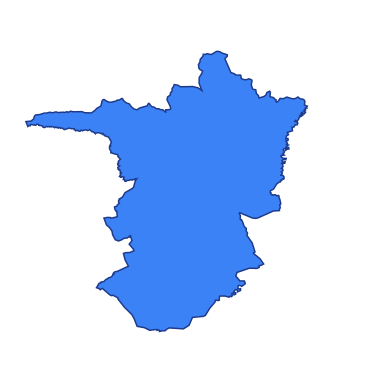 outline of Ron Phibun, Nakhon Si Thammarat, Thailand, rotated 72°
{"feature_id": "78962969B70310108322662", "entity_name": "Ron Phibun", "entity_type": "district", "adm_level": 2, "iso_a3": "THA", "parent_name": "Thailand", "parent_adm1": "Nakhon Si Thammarat", "projection": "natural_earth1", "projection_center": [99.867, 8.196], "detail": "fine", "context": "isolated", "style": "filled", "palette": "blue", "viewbox_px": 384, "rotation_deg": 72, "n_neighbors": 0, "source": "geoboundaries", "source_scale": "gbopen_adm2", "svg_char_len": 5942}
<svg xmlns="http://www.w3.org/2000/svg" viewBox="0 0 384 384"><g transform="rotate(72 192 192)"><path d="M314.6,266.0L314.8,263.2L315.7,260.5L314.7,258.5L314.2,255.7L319.5,242.5L317.9,236.0L311.4,230.3L313.8,219.5L313.5,217.4L308.0,211.0L303.8,204.1L302.5,203.5L302.1,202.6L303.3,201.0L303.3,199.4L300.6,198.6L299.6,197.7L301.1,192.9L303.5,189.2L302.8,187.9L303.7,186.8L303.1,185.6L301.3,185.7L300.6,185.0L301.0,184.2L302.8,183.8L302.7,182.1L301.3,181.5L300.5,183.0L299.8,183.1L298.3,181.0L298.3,180.2L299.2,179.4L301.0,179.5L300.7,176.3L298.9,175.7L298.7,177.6L298.0,178.2L295.5,177.1L295.4,175.6L297.1,173.7L295.7,169.8L295.0,169.5L292.8,169.7L291.4,173.9L285.5,176.3L282.4,174.1L282.2,160.8L284.7,154.1L284.5,151.4L282.9,151.3L283.1,148.8L282.6,146.1L276.6,147.9L269.4,152.5L268.8,152.1L268.5,150.6L259.0,150.5L250.2,153.2L248.3,151.9L245.8,152.5L243.3,151.6L241.1,153.0L236.0,153.1L233.6,153.5L233.5,154.3L232.8,154.6L229.6,153.3L226.9,153.6L226.4,153.1L235.3,142.7L236.8,139.6L237.0,137.0L235.2,120.5L236.7,114.6L235.1,114.0L234.4,113.0L231.1,112.4L231.1,111.7L230.3,111.1L225.7,110.7L225.1,111.2L222.8,110.5L222.0,110.8L221.8,112.7L220.3,113.6L220.0,116.0L219.5,116.1L219.2,117.2L218.0,117.7L217.3,117.1L216.6,117.8L215.0,116.9L214.5,113.7L210.5,108.9L209.5,105.7L209.7,104.7L208.4,104.2L208.7,103.0L207.9,102.8L207.4,101.7L208.1,101.0L207.9,100.4L205.8,99.8L204.2,100.5L203.6,102.2L201.9,100.2L200.3,100.8L199.8,98.9L197.9,98.7L197.1,99.7L196.1,97.6L193.4,97.3L192.5,97.9L192.2,96.9L193.1,96.4L193.3,94.9L192.1,94.1L191.5,96.5L190.0,96.7L189.5,95.4L190.3,92.8L189.2,92.0L187.8,95.4L185.5,96.4L184.9,96.0L185.4,92.9L183.7,94.0L183.1,92.1L181.6,91.5L180.3,92.4L179.4,91.4L179.4,89.2L181.2,89.9L180.7,88.0L181.0,86.5L179.6,86.3L179.7,88.0L178.5,88.7L177.2,85.8L176.0,88.1L176.0,87.0L175.2,86.2L172.7,87.0L172.7,85.1L172.0,84.3L170.6,84.3L170.6,86.4L167.9,84.9L167.3,82.5L164.8,83.0L164.8,77.5L161.3,76.9L161.7,75.0L160.0,73.1L160.6,71.2L159.3,70.1L158.2,70.2L156.5,72.4L156.0,71.4L156.7,71.3L157.0,70.0L155.7,68.0L152.5,65.7L152.4,64.7L153.8,65.0L153.1,62.8L151.0,63.9L150.1,63.1L150.3,62.5L152.1,62.1L152.4,61.0L151.2,59.4L150.3,60.3L149.6,59.3L149.5,60.4L148.9,60.5L148.6,58.8L147.1,58.4L147.7,56.8L146.7,56.8L146.0,55.8L144.1,58.2L140.9,56.7L139.5,56.7L137.8,58.0L137.0,60.1L134.4,61.9L135.1,65.6L134.1,68.1L131.0,72.5L131.5,76.3L130.2,79.3L132.6,82.5L132.6,84.0L131.8,84.3L130.3,83.5L129.3,84.7L127.5,85.2L125.4,88.4L121.3,86.6L120.1,87.0L120.5,90.0L122.6,91.7L123.4,93.7L123.3,99.2L120.8,99.0L118.4,100.3L114.4,99.8L113.2,102.2L112.3,102.6L108.0,102.4L105.0,100.6L103.8,100.6L101.9,102.9L102.0,105.7L101.0,108.2L99.2,110.1L96.7,109.5L95.7,109.9L94.4,114.0L92.7,115.1L90.4,118.1L76.0,119.5L74.9,118.9L73.9,116.6L72.4,116.0L69.1,120.6L67.2,122.2L66.1,124.2L65.9,125.2L67.2,131.3L65.1,134.9L65.3,136.7L64.5,138.7L66.3,139.7L68.2,143.0L70.9,144.4L72.8,146.5L76.2,147.2L77.8,146.7L80.2,144.6L81.8,145.6L85.4,149.8L91.0,151.7L98.6,151.2L94.7,154.2L91.9,158.8L88.6,169.7L88.0,170.9L86.3,172.1L84.3,175.7L86.2,177.2L87.4,179.0L89.5,179.5L91.2,182.0L93.1,182.7L94.0,185.8L96.5,187.3L104.2,186.2L106.3,186.6L106.7,187.8L105.7,191.7L107.8,192.2L107.4,193.0L104.7,194.4L103.9,196.6L102.6,197.8L101.9,200.1L99.7,201.7L98.2,204.1L94.5,205.4L94.3,206.1L96.2,208.0L95.9,215.8L96.8,219.0L95.1,221.5L92.3,223.3L88.8,224.4L87.0,226.9L83.9,228.8L81.6,229.3L81.4,230.2L82.1,232.9L81.5,234.4L82.0,236.4L81.6,241.5L80.3,244.1L76.8,247.1L76.8,248.3L77.5,249.3L82.1,252.1L82.9,256.3L84.6,259.6L85.7,263.3L83.4,269.6L81.5,272.0L79.0,280.2L77.7,282.3L77.9,284.9L76.9,286.5L77.1,288.5L76.4,289.5L75.0,295.0L73.8,296.5L73.5,300.3L72.2,302.6L72.0,305.9L71.3,308.0L71.3,312.7L70.4,316.9L71.3,318.6L73.5,319.9L74.8,323.2L73.7,328.2L79.0,327.9L78.5,326.4L79.0,325.4L77.8,324.8L80.3,320.0L79.6,318.7L79.8,317.9L80.4,317.1L81.2,317.2L82.8,313.9L84.3,313.7L85.2,312.3L84.7,310.0L85.5,309.1L85.6,307.5L86.3,307.0L86.0,306.1L86.7,305.5L86.8,304.1L88.5,302.7L88.2,301.4L89.0,300.7L88.9,300.0L89.9,299.6L89.5,298.3L90.7,297.5L90.9,295.8L93.2,294.2L93.3,288.7L94.3,287.7L95.3,284.6L96.4,284.8L96.7,284.0L97.8,283.8L97.9,281.8L98.9,281.3L99.6,279.6L98.9,278.3L100.0,277.1L99.7,276.1L100.3,273.3L101.4,272.1L101.1,270.0L103.9,268.5L104.1,267.4L106.8,265.8L106.2,265.2L106.7,262.5L108.8,259.9L108.4,259.3L109.1,258.4L110.1,258.8L110.8,257.4L111.7,257.5L113.9,254.4L119.1,253.3L120.5,253.9L122.3,255.6L122.9,255.2L122.8,255.9L123.3,255.9L123.6,256.6L125.7,257.1L128.0,256.5L129.6,257.1L133.6,251.2L134.9,251.0L135.3,251.5L138.7,249.9L139.6,251.9L140.5,252.9L141.7,252.8L142.2,254.1L143.3,254.2L144.9,252.7L145.6,254.9L147.5,255.2L147.6,254.6L148.3,254.8L148.5,253.8L150.3,254.0L151.5,253.3L151.8,254.4L152.5,253.8L154.7,256.0L154.9,255.3L155.6,255.4L155.5,254.6L156.1,254.7L156.1,253.1L157.0,252.0L158.9,253.5L159.6,252.3L161.0,252.5L161.5,251.4L160.9,250.6L161.5,248.1L161.3,246.5L162.2,245.2L162.0,243.2L162.4,242.8L162.0,241.9L162.6,241.7L162.5,240.6L163.9,242.5L169.3,246.0L170.2,247.7L171.9,255.8L175.4,259.8L176.2,263.3L176.9,263.1L177.1,264.2L178.6,265.0L180.2,264.5L181.2,267.0L182.3,267.9L182.2,270.3L184.4,270.7L186.7,270.2L186.9,269.5L192.4,270.7L192.0,277.0L191.2,277.2L190.0,280.4L189.6,283.8L196.9,283.5L200.4,281.4L204.5,280.2L208.2,280.7L213.7,279.7L215.9,277.0L215.7,273.5L215.0,270.9L215.7,267.8L214.4,264.2L214.9,263.9L215.7,265.1L216.3,264.2L219.6,264.1L222.2,267.9L228.0,265.5L230.0,265.4L230.3,270.0L229.2,273.7L229.2,276.2L235.8,276.6L242.9,275.4L244.4,287.5L244.1,290.1L244.8,291.7L245.9,291.5L245.8,292.8L247.0,293.4L248.0,295.9L247.8,298.0L248.5,299.5L248.5,300.9L249.9,303.3L249.6,305.9L250.0,306.2L249.7,307.0L250.3,307.5L250.1,308.6L253.5,312.4L255.2,310.2L256.6,309.5L255.9,307.1L264.2,302.1L265.7,300.6L265.8,299.0L269.9,295.1L270.9,295.5L280.9,291.8L290.0,287.1L294.4,286.2L302.8,285.7L306.3,279.2L310.5,274.9L311.4,269.7L312.0,267.9L312.8,268.0L313.0,266.1L313.6,265.6L314.6,266.0Z" fill="#3b82f6" stroke="#1e3a8a" stroke-width="1.5"/></g></svg>